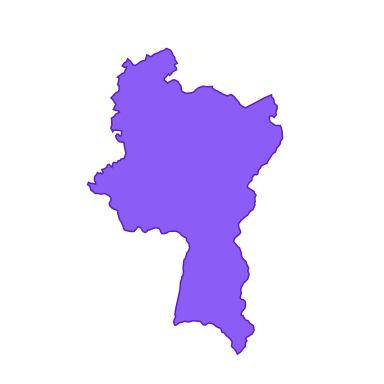 outline of Bela Vista de Goiás, Goiás, Brazil, rotated 30°
{"feature_id": "56859067B69163020659115", "entity_name": "Bela Vista de Goiás", "entity_type": "district", "adm_level": 2, "iso_a3": "BRA", "parent_name": "Brazil", "parent_adm1": "Goiás", "projection": "natural_earth1", "projection_center": [-48.916, -16.973], "detail": "fine", "context": "isolated", "style": "filled", "palette": "violet", "viewbox_px": 384, "rotation_deg": 30, "n_neighbors": 0, "source": "geoboundaries", "source_scale": "gbopen_adm2", "svg_char_len": 5736}
<svg xmlns="http://www.w3.org/2000/svg" viewBox="0 0 384 384"><g transform="rotate(30 192 192)"><path d="M76.5,143.9L74.8,151.2L77.0,151.4L78.7,152.4L80.5,153.3L82.3,154.0L82.4,157.3L82.6,159.9L85.0,159.5L86.7,158.7L89.2,159.0L88.4,160.6L87.2,162.3L86.7,165.6L85.3,168.4L87.2,171.0L88.1,172.5L89.1,173.8L89.3,175.4L89.8,177.4L91.6,178.1L93.1,179.5L93.2,177.8L95.1,176.6L96.9,175.8L98.6,174.8L100.7,174.4L101.6,176.4L102.5,178.7L101.5,179.7L99.7,178.8L98.1,179.2L97.9,181.9L100.1,183.5L102.2,184.4L104.2,184.8L106.5,183.8L108.0,182.9L109.8,185.1L110.8,186.4L112.0,187.7L113.0,188.9L114.5,190.5L115.6,191.7L115.8,193.5L116.5,197.1L115.0,198.1L113.9,199.3L114.2,200.9L112.5,201.6L112.4,204.3L110.4,204.9L109.2,205.7L109.5,207.8L110.4,210.6L108.4,210.1L106.3,209.5L105.3,210.9L105.8,213.0L104.6,215.7L102.7,217.6L103.9,218.6L105.4,219.7L104.8,221.4L103.3,221.2L102.0,222.6L100.6,222.2L100.5,225.1L99.9,227.2L101.1,229.8L102.0,230.9L103.4,231.7L104.5,233.3L101.5,234.3L99.8,235.2L97.5,235.4L97.9,237.8L100.2,238.1L101.4,238.9L103.6,240.8L105.5,241.2L106.9,241.2L108.7,241.7L110.9,240.6L112.7,239.8L114.5,239.2L116.2,237.7L117.9,236.7L119.4,236.8L121.4,236.7L123.6,237.0L125.7,238.7L125.9,240.5L125.8,242.2L126.7,244.2L128.5,245.3L130.5,245.9L132.7,245.9L134.7,245.3L137.2,245.4L138.3,247.4L139.9,249.0L141.2,250.3L142.7,251.7L144.1,252.7L146.1,253.5L148.2,255.2L149.8,256.3L150.8,257.6L152.3,258.6L153.9,258.4L155.4,257.9L157.0,257.4L159.0,256.7L161.6,255.0L162.3,251.2L162.4,249.1L165.2,248.6L167.0,249.5L168.4,250.2L169.8,250.7L171.7,250.5L172.7,248.8L173.1,246.8L174.5,245.9L175.3,244.5L176.7,243.0L178.3,241.4L179.8,240.5L181.3,240.0L183.2,240.7L185.1,242.3L186.8,243.0L188.5,242.1L190.6,240.2L191.8,237.7L193.3,236.5L194.9,235.7L196.4,234.7L198.1,233.8L200.4,233.7L202.1,233.7L204.0,234.5L205.3,234.7L207.3,234.7L210.3,234.9L211.5,236.7L213.6,237.7L215.6,238.5L216.6,240.2L217.6,241.2L218.2,243.1L218.4,244.7L218.1,247.6L218.8,250.1L219.4,252.6L219.1,255.0L219.7,256.6L220.6,258.5L221.4,260.4L222.1,261.9L223.4,263.9L224.3,265.2L225.2,266.7L225.8,269.1L225.7,271.1L226.5,272.3L226.9,274.5L227.2,276.1L228.2,278.1L229.0,279.8L229.9,281.7L230.8,283.4L231.1,285.0L231.8,286.8L232.4,288.9L233.5,292.4L234.2,294.6L235.2,297.8L235.9,299.8L236.5,301.5L237.3,303.9L238.6,306.9L239.9,307.8L240.4,309.6L240.5,311.9L241.1,313.5L242.1,314.6L243.3,315.9L244.6,315.6L245.9,312.9L246.6,311.2L248.1,310.2L250.4,307.5L252.4,307.0L253.7,306.5L255.2,305.2L256.2,304.0L257.7,302.7L259.4,302.0L261.8,301.0L263.9,299.9L266.1,300.6L268.2,301.4L270.0,300.6L271.2,298.1L272.2,297.1L274.6,296.0L277.4,295.7L280.1,296.4L281.6,296.4L284.4,295.8L286.4,296.7L288.2,298.5L290.2,297.9L291.6,298.4L293.7,299.2L296.7,299.7L298.3,300.0L300.7,301.0L302.0,302.3L302.9,305.0L304.1,306.3L306.7,306.5L309.4,307.7L312.4,309.7L313.7,307.1L314.3,305.3L314.3,303.1L314.8,301.2L315.4,299.4L313.8,295.9L314.0,293.6L311.6,291.7L312.1,289.9L313.2,288.8L313.8,287.2L315.1,284.9L315.0,283.1L314.9,280.7L313.3,278.5L311.7,277.1L309.6,276.8L308.2,276.8L306.3,276.2L304.9,275.4L302.7,276.1L299.8,274.8L298.1,273.6L296.1,274.0L295.3,272.3L295.2,269.4L295.8,267.5L295.8,265.9L295.2,263.8L294.0,261.7L292.6,260.1L290.2,259.6L288.4,260.4L286.7,259.8L285.9,257.6L285.3,254.9L283.2,252.6L282.3,249.5L282.2,245.1L283.0,242.8L283.8,239.6L283.1,236.5L282.5,234.7L281.4,233.6L279.9,232.6L279.3,229.9L277.4,228.3L275.2,227.0L273.5,225.3L270.9,224.7L268.4,224.0L266.7,222.4L265.0,220.0L263.0,218.3L261.2,216.7L259.1,216.3L256.5,215.4L253.9,214.6L252.6,213.7L252.2,211.6L252.4,209.8L253.3,207.2L254.0,205.4L254.4,202.9L252.9,201.1L251.2,200.1L249.6,198.4L248.2,196.4L248.8,191.6L249.8,188.8L250.7,186.4L251.8,184.0L251.8,181.0L252.4,178.9L253.5,177.1L253.3,173.7L252.9,171.6L251.9,170.5L251.5,168.7L249.3,165.6L249.0,162.6L246.8,162.0L245.7,160.5L243.8,160.5L241.8,160.4L240.0,160.3L238.2,160.3L236.7,158.7L237.0,154.9L238.0,151.9L236.8,149.9L237.0,147.9L237.2,145.9L239.0,145.1L239.9,143.4L239.2,141.7L238.7,139.5L239.2,136.9L239.0,134.9L240.8,131.7L242.5,129.9L242.3,126.3L242.5,123.4L242.7,119.4L243.1,117.5L244.3,115.6L243.4,111.9L244.0,109.0L244.3,106.0L243.1,104.0L243.7,101.0L243.0,99.2L240.2,95.2L238.2,92.7L235.3,90.3L233.2,91.4L230.8,92.8L228.0,92.4L224.7,92.2L223.2,91.1L221.2,87.8L223.2,86.0L225.9,86.3L226.0,84.6L226.5,83.1L225.0,81.6L224.2,79.3L224.1,77.1L222.4,74.7L220.7,74.5L218.7,73.7L217.2,71.8L215.7,70.3L214.0,70.3L212.3,68.1L207.2,74.8L206.2,76.7L201.2,84.7L196.1,92.5L193.2,92.6L191.0,92.4L189.6,92.0L187.3,90.7L184.3,89.7L182.5,89.0L180.7,88.4L178.9,88.0L177.5,88.0L176.2,88.8L174.9,91.0L172.0,91.5L170.1,91.8L168.2,91.6L166.2,92.0L164.1,91.7L161.7,92.2L159.6,92.0L157.9,92.0L157.0,90.4L154.6,91.8L152.9,93.1L148.8,94.8L147.1,96.7L145.6,98.4L144.8,100.1L144.1,102.1L143.4,104.8L142.0,106.4L140.0,107.7L138.1,109.1L136.3,109.7L134.4,109.9L133.0,109.7L131.3,108.5L130.2,106.6L129.1,105.5L126.9,104.7L124.6,103.4L122.7,103.4L121.0,103.6L119.7,104.2L118.3,106.4L117.0,108.5L116.4,110.0L114.3,109.2L112.0,109.3L111.3,107.3L112.0,105.4L112.1,103.3L112.8,101.6L114.1,102.3L114.9,100.8L115.2,97.6L116.2,95.8L117.6,93.8L116.1,92.2L114.5,91.8L113.3,90.6L114.9,87.8L113.1,87.0L110.8,85.6L109.4,83.8L108.0,83.4L106.6,82.6L105.1,81.3L102.7,80.0L100.4,80.1L98.0,80.5L97.3,82.7L95.9,84.7L94.3,86.0L93.4,87.8L92.4,89.3L90.9,90.7L90.1,92.3L89.3,94.3L88.0,95.9L86.2,95.5L84.3,95.9L85.1,98.7L85.8,101.5L84.2,102.7L82.9,103.9L81.8,106.0L80.8,108.6L79.5,110.8L77.4,111.4L75.3,110.4L73.5,109.6L71.5,109.1L69.8,108.8L70.0,112.0L69.0,113.4L68.6,115.7L68.6,117.8L71.0,118.0L72.6,116.3L73.5,118.1L73.3,120.8L73.9,122.6L72.3,124.2L71.3,126.5L70.0,129.9L72.2,129.9L73.1,133.1L74.0,136.3L75.8,136.7L76.9,138.5L77.8,139.9L78.1,141.8L76.5,143.9Z" fill="#8b5cf6" stroke="#5b21b6" stroke-width="1.5"/></g></svg>